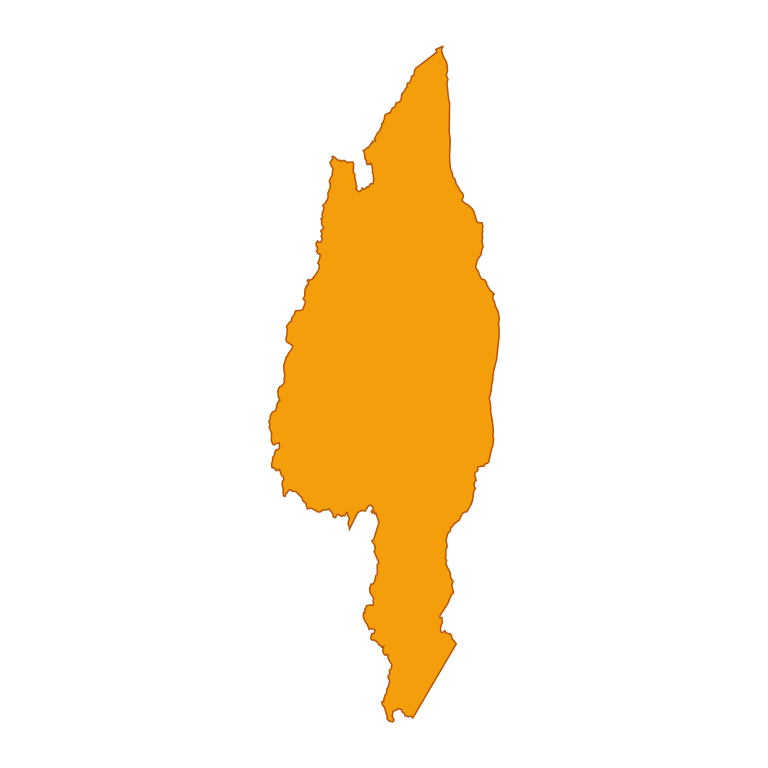 outline of Condorcanqui, Amazonas, Peru
{"feature_id": "86281439B49364565182822", "entity_name": "Condorcanqui", "entity_type": "district", "adm_level": 2, "iso_a3": "PER", "parent_name": "Peru", "parent_adm1": "Amazonas", "projection": "equal_earth", "projection_center": [-78.171, -4.2], "detail": "fine", "context": "isolated", "style": "filled", "palette": "amber", "viewbox_px": 768, "rotation_deg": 0, "n_neighbors": 0, "source": "geoboundaries", "source_scale": "gbopen_adm2", "svg_char_len": 6107}
<svg xmlns="http://www.w3.org/2000/svg" viewBox="0 0 768 768"><path d="M381.7,701.9L382.5,705.0L384.5,707.5L386.4,714.2L387.3,715.9L387.0,718.7L389.0,721.0L392.3,721.9L393.7,721.0L393.8,719.4L392.2,716.4L393.0,711.4L399.1,708.6L401.5,709.7L402.4,712.2L404.0,713.0L405.2,715.8L408.8,716.8L410.8,716.1L412.8,718.0L456.3,643.8L452.2,638.8L451.4,635.5L450.3,633.8L446.8,633.3L444.7,630.7L443.1,632.5L441.3,632.2L440.7,631.5L440.4,629.5L441.3,624.5L442.5,622.5L441.9,620.2L442.1,617.9L439.6,617.1L439.9,615.6L447.8,603.5L451.5,594.5L453.5,592.9L451.8,584.9L453.2,581.6L450.8,577.8L450.2,572.9L446.3,565.0L445.9,562.1L446.7,560.3L445.2,558.0L446.0,555.3L445.9,549.2L447.2,547.0L446.1,540.1L447.6,534.2L448.4,532.6L450.1,531.2L450.8,528.2L454.1,524.0L459.2,520.1L462.3,513.6L464.5,512.1L466.8,511.8L471.3,504.0L472.6,499.8L473.9,490.6L475.4,488.4L474.5,487.1L474.0,483.8L474.6,482.1L476.2,480.6L475.0,476.3L474.9,472.8L477.8,470.5L477.9,466.7L484.0,466.1L485.4,463.7L487.5,463.3L488.6,462.2L491.8,448.3L492.9,445.6L493.5,439.5L493.6,438.0L492.9,436.6L493.4,430.2L492.2,420.0L490.7,412.3L490.6,405.3L489.3,398.4L491.2,390.8L491.4,386.9L493.0,378.3L492.7,375.8L493.4,374.1L493.5,371.7L497.0,357.8L496.9,355.8L499.1,336.5L499.0,326.4L498.5,324.7L499.2,317.8L497.9,311.0L495.2,305.7L494.4,301.7L492.8,298.7L493.1,295.4L494.3,294.0L490.1,290.3L486.6,284.5L486.6,282.7L484.5,279.8L481.9,279.1L480.5,277.5L478.3,271.6L475.6,267.4L477.4,259.7L481.0,254.7L481.8,249.9L483.1,247.1L482.0,241.1L482.7,237.9L482.0,233.6L482.9,231.7L482.2,230.7L482.9,226.6L482.2,223.3L481.8,222.8L477.5,222.5L476.3,219.9L474.1,212.2L472.6,209.2L467.8,204.7L465.8,203.8L462.3,201.0L462.2,199.6L463.5,196.5L462.6,193.4L460.0,190.7L458.7,187.7L456.3,184.3L454.8,178.8L452.8,177.2L452.4,173.5L450.7,169.4L449.9,163.9L449.6,156.3L450.2,140.2L449.2,131.2L449.6,103.4L448.5,98.5L446.9,82.7L448.0,79.6L446.2,74.8L447.6,70.8L447.0,65.1L446.5,62.2L443.3,56.3L441.5,50.2L442.3,47.4L443.3,46.1L435.8,49.4L436.8,52.2L415.9,68.2L414.6,70.2L414.0,74.9L411.4,76.5L411.5,77.9L409.7,82.7L407.3,83.3L406.8,87.2L405.1,89.2L404.5,91.0L401.8,94.0L401.1,99.8L399.3,102.0L396.2,102.8L394.9,107.0L392.4,108.0L390.3,112.5L386.4,113.9L384.9,115.2L384.1,120.0L383.1,121.5L383.4,122.6L381.7,123.6L381.5,127.2L380.4,128.1L380.2,130.0L377.4,133.1L374.4,139.1L375.4,140.9L372.3,141.5L372.3,142.8L371.3,143.2L368.5,147.6L367.3,147.5L364.5,150.3L363.2,150.4L364.4,153.3L365.0,158.8L366.7,160.8L366.2,162.1L366.9,164.2L368.0,164.7L368.7,164.0L369.6,164.5L370.5,164.2L370.7,163.3L371.7,164.6L372.6,170.9L372.4,173.1L373.4,174.7L373.3,177.4L373.8,178.4L373.0,183.8L370.5,183.7L368.9,186.6L367.0,186.8L366.0,188.3L363.9,189.3L362.2,188.0L361.1,190.6L358.8,191.7L355.8,188.9L356.9,186.9L356.2,185.5L356.1,183.1L354.8,178.5L354.8,174.1L353.2,171.9L353.7,164.1L352.8,162.0L348.8,162.1L347.7,162.7L344.0,160.3L341.1,161.3L340.4,160.4L338.0,160.2L333.4,156.4L332.1,156.5L332.5,159.1L330.0,162.4L330.8,165.0L333.1,168.9L332.4,171.3L332.3,174.9L329.4,180.7L329.6,182.8L330.5,183.9L330.1,185.2L330.2,187.6L327.9,193.2L328.2,197.5L327.2,199.3L327.4,200.2L325.9,201.4L325.6,203.2L323.5,204.5L322.8,206.0L324.0,207.4L323.8,209.7L323.1,210.3L323.1,211.5L322.1,213.7L322.5,218.1L321.0,218.8L321.8,221.6L321.5,223.8L323.8,228.2L321.3,230.1L320.8,231.1L322.1,233.7L321.1,236.5L322.4,238.6L320.9,242.1L318.9,242.3L317.7,241.0L316.1,243.0L316.3,246.4L317.2,247.1L317.4,249.8L316.5,251.6L318.7,254.2L320.5,254.8L319.1,260.2L317.7,263.1L319.2,264.9L319.1,267.9L318.1,270.7L314.3,276.6L313.3,277.2L313.6,278.1L310.0,280.3L308.2,279.6L307.4,280.4L307.3,281.5L308.4,281.7L308.6,283.1L307.9,284.3L308.1,285.1L306.9,285.2L305.2,288.8L304.7,293.0L304.9,295.9L303.1,298.9L305.3,301.1L305.4,302.3L302.6,310.0L295.3,311.0L294.4,314.4L291.6,318.2L291.5,321.4L290.1,321.6L286.7,326.2L286.7,327.8L287.4,328.8L286.8,335.8L285.9,338.7L286.3,341.0L287.4,342.3L292.6,345.6L291.9,349.0L288.4,353.3L287.3,356.2L286.3,356.6L283.6,366.0L284.1,368.1L283.8,370.0L285.0,376.0L284.1,378.8L284.4,382.9L281.2,386.2L279.7,386.7L278.1,389.8L277.8,391.4L278.4,397.3L279.3,398.1L279.2,399.5L280.0,400.3L279.0,400.7L278.4,402.3L277.4,402.9L275.9,410.4L272.6,412.0L271.3,413.7L270.2,416.5L270.1,419.0L268.8,421.7L269.9,424.8L269.2,426.4L269.6,428.4L270.9,431.1L271.7,434.2L271.2,440.1L272.6,444.0L274.4,445.0L275.2,443.8L279.2,443.0L279.5,447.8L277.7,449.8L275.6,450.1L274.0,456.0L272.6,457.6L272.6,460.6L271.7,463.5L271.7,466.5L272.3,467.9L274.4,467.8L275.7,470.4L277.6,470.6L278.8,469.2L279.5,469.6L281.5,475.4L283.5,477.1L283.6,480.0L282.6,481.1L282.0,484.6L283.3,489.5L283.1,492.8L283.5,495.9L284.8,496.4L285.5,495.9L285.6,494.0L286.8,493.2L289.1,489.7L291.2,490.2L292.0,491.2L295.7,491.5L301.8,497.6L302.9,500.9L306.3,503.7L306.0,505.0L307.4,509.0L310.5,508.2L312.5,508.6L314.8,510.3L316.1,510.3L316.7,511.4L318.1,512.1L321.1,511.6L322.5,510.1L326.8,509.9L329.0,508.8L332.9,513.9L333.3,517.0L335.5,517.6L336.8,515.0L337.8,514.3L341.6,516.4L343.7,515.5L344.8,515.8L346.6,512.2L347.3,512.5L347.9,516.1L349.5,518.1L348.4,521.4L348.1,524.4L349.2,526.3L349.4,529.2L357.7,512.6L361.6,510.5L365.1,511.1L368.5,505.8L370.6,505.0L373.2,507.5L373.2,509.4L371.4,511.3L371.9,512.8L372.9,512.9L374.4,511.6L374.8,514.0L376.1,513.5L378.9,522.7L373.7,539.5L371.8,540.8L374.9,545.6L374.8,547.5L375.5,549.3L374.1,551.6L379.0,562.9L377.2,564.7L377.3,574.3L375.9,575.5L374.7,581.2L373.3,583.6L372.3,584.4L371.3,583.9L370.6,584.8L369.5,589.2L370.4,593.5L373.5,597.9L373.1,601.3L373.6,604.2L372.8,605.5L371.4,604.9L366.6,605.6L366.1,607.5L365.0,608.8L364.6,612.5L363.6,612.7L363.2,615.5L363.4,617.3L365.4,621.9L367.0,623.9L368.2,627.0L369.1,628.0L369.0,629.3L370.4,628.8L374.1,629.2L375.1,630.2L373.9,633.4L371.8,633.7L370.8,637.4L371.0,639.2L372.4,640.2L374.2,639.9L377.6,642.5L378.7,644.7L381.0,645.9L381.8,647.3L383.7,646.3L383.1,647.4L382.8,650.6L383.6,653.8L385.5,655.3L387.2,654.3L388.1,655.4L387.9,657.3L388.9,660.0L391.9,664.8L391.0,669.0L389.3,670.4L389.8,673.3L388.0,676.7L388.1,677.9L389.7,680.6L388.3,686.6L386.9,688.7L386.3,693.8L384.9,695.3L383.7,699.9L383.7,701.7L381.7,701.9Z" fill="#f59e0b" stroke="#b45309" stroke-width="1.5"/></svg>